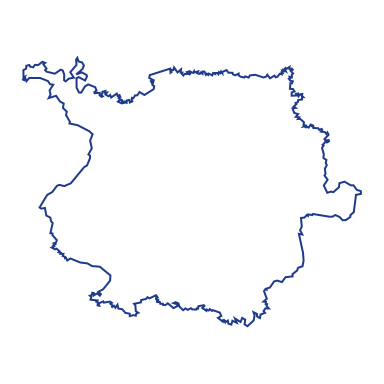 outline of Ban Dung, Udon Thani, Thailand, rotated 270°
{"feature_id": "78962969B17101559907344", "entity_name": "Ban Dung", "entity_type": "district", "adm_level": 2, "iso_a3": "THA", "parent_name": "Thailand", "parent_adm1": "Udon Thani", "projection": "albers", "projection_center": [103.231, 17.709], "detail": "fine", "context": "isolated", "style": "outline", "palette": "blue", "viewbox_px": 384, "rotation_deg": 270, "n_neighbors": 0, "source": "geoboundaries", "source_scale": "gbopen_adm2", "svg_char_len": 5904}
<svg xmlns="http://www.w3.org/2000/svg" viewBox="0 0 384 384"><g transform="rotate(270 192 192)"><path d="M313.9,23.4L306.6,23.5L307.2,24.7L304.4,23.0L303.8,24.2L305.6,25.4L302.8,26.4L306.0,29.3L306.0,40.2L302.9,48.0L299.8,50.1L299.3,53.2L293.6,49.6L289.4,50.6L285.9,48.7L288.2,56.1L282.4,60.1L280.5,63.7L276.0,63.0L272.3,66.8L268.9,66.0L262.2,69.9L260.5,69.5L258.8,77.7L252.8,89.2L249.7,92.6L243.4,90.1L235.7,91.8L229.5,88.4L228.4,90.0L226.1,90.1L218.5,87.0L216.9,84.2L200.7,70.8L197.9,64.3L199.1,59.4L198.2,57.0L191.9,52.2L189.1,47.2L176.5,39.6L175.4,41.2L176.0,44.9L168.5,46.3L166.3,50.4L162.8,51.0L161.0,52.7L150.8,50.4L150.5,52.5L148.6,52.6L143.9,56.8L141.4,56.0L140.7,53.8L139.7,55.2L138.6,53.3L137.6,54.2L136.5,51.7L134.7,54.9L135.3,56.6L132.8,59.5L131.7,58.6L131.3,60.8L130.1,60.4L130.1,63.4L128.0,62.7L127.2,64.9L125.8,65.0L126.2,66.0L123.5,67.2L125.5,70.4L121.5,80.3L120.6,87.4L117.9,92.2L117.3,99.8L108.6,110.4L103.4,110.1L94.7,103.1L92.2,98.4L89.9,100.9L88.3,99.9L90.6,97.1L88.6,93.8L90.9,93.9L91.3,92.3L88.7,91.6L88.3,89.9L86.9,91.3L84.3,90.6L83.6,97.4L82.3,96.4L81.9,97.8L78.6,97.6L78.3,99.3L80.4,98.4L82.6,103.2L81.4,103.8L82.4,110.0L81.1,111.9L80.2,110.4L78.4,112.8L76.5,111.5L78.2,114.1L76.2,115.4L79.3,117.5L75.4,118.4L74.8,122.2L71.1,125.4L70.3,129.7L67.9,129.8L68.9,133.5L68.3,135.8L70.3,136.2L71.2,138.3L72.8,135.8L78.5,135.4L80.2,134.1L81.6,140.9L84.0,141.2L85.0,145.9L86.8,147.5L85.6,149.4L88.8,156.0L86.7,157.5L86.6,156.2L85.0,156.1L84.1,158.3L83.0,158.2L83.3,156.9L81.9,157.2L82.0,159.8L80.2,160.3L80.2,162.9L79.1,163.0L78.9,165.4L80.7,167.8L75.9,173.5L77.9,177.4L79.7,177.1L80.9,173.5L81.8,175.5L80.6,178.4L77.4,179.5L73.8,183.1L75.6,185.5L74.1,187.7L75.8,190.9L74.6,192.3L74.4,196.4L75.6,196.7L75.4,198.1L77.8,198.4L78.8,203.8L78.0,204.4L76.0,202.3L73.2,206.4L74.5,206.6L73.5,208.7L74.9,209.8L73.1,212.0L73.8,213.0L71.4,219.8L68.0,221.3L66.1,218.0L62.3,222.8L63.7,223.2L62.0,224.8L63.5,224.8L62.2,227.0L63.2,227.8L60.2,228.5L59.4,231.3L63.2,232.4L61.2,236.8L65.5,235.0L62.0,240.5L66.1,242.2L64.3,245.2L59.6,244.6L57.8,247.5L63.5,253.6L68.5,254.6L71.8,253.5L70.1,256.9L67.5,257.1L65.9,259.9L69.5,260.6L71.1,265.0L72.9,263.6L75.6,265.4L75.5,268.8L78.0,266.6L79.8,267.1L79.9,265.7L82.1,266.0L82.4,263.5L85.2,266.8L92.9,264.0L95.0,265.5L94.4,266.6L95.4,266.5L96.5,269.9L102.6,274.1L103.4,277.3L101.9,281.9L106.8,285.5L107.6,292.6L109.9,292.5L113.4,297.0L116.2,298.1L117.7,302.5L123.5,303.6L131.3,303.0L150.1,298.9L149.5,302.3L153.8,300.1L157.4,301.8L166.1,301.0L166.4,304.4L169.1,306.9L168.1,308.0L169.6,308.4L168.9,312.3L170.0,312.9L167.3,329.4L167.3,332.5L169.0,335.3L167.0,339.6L163.8,342.6L163.9,345.8L167.0,350.3L168.9,350.4L171.9,353.8L189.1,356.0L190.2,361.0L192.9,360.8L194.1,356.8L198.7,353.5L198.7,350.7L202.3,344.6L200.8,339.4L196.8,339.0L191.8,333.3L192.4,330.8L191.2,327.3L198.6,323.8L204.3,327.6L208.5,324.5L210.2,325.5L215.3,324.9L218.8,326.8L221.0,325.7L224.0,326.4L226.0,323.4L229.9,323.8L236.0,322.0L238.5,323.6L239.2,322.6L242.4,325.8L241.5,326.9L242.7,329.0L243.9,328.7L243.6,325.2L244.9,324.4L249.2,328.6L251.6,327.4L250.1,326.3L251.9,324.9L252.4,321.0L254.1,322.3L255.1,321.6L254.1,319.3L255.7,318.4L256.0,313.4L258.3,313.3L259.1,311.6L257.9,311.8L259.0,310.4L256.4,308.6L257.5,306.6L256.0,305.3L257.9,305.8L257.5,303.7L258.7,305.0L259.1,303.5L261.7,304.0L265.1,300.2L265.0,298.0L266.7,299.2L267.2,295.8L269.9,298.1L271.1,294.2L275.7,292.5L276.1,295.6L277.4,293.7L279.8,296.3L281.0,295.6L281.8,297.8L284.0,298.3L284.5,302.1L286.9,302.0L286.9,303.3L288.6,301.7L290.0,302.2L289.8,300.2L287.8,298.6L290.5,298.1L290.2,296.0L288.5,296.9L288.3,291.6L291.5,291.7L292.6,294.5L294.9,293.1L295.2,289.9L300.8,290.4L300.7,292.0L302.7,292.8L303.3,290.3L305.3,288.9L305.7,290.2L307.2,289.6L306.7,291.9L309.0,291.7L310.5,293.1L313.0,290.8L314.3,292.7L315.4,291.8L314.4,290.4L315.1,289.4L317.1,289.6L315.2,286.7L316.1,285.6L315.0,284.7L312.7,285.8L314.1,283.4L312.8,283.5L313.3,282.1L311.0,282.7L311.3,281.5L309.6,281.7L310.2,279.8L307.2,277.3L306.7,275.7L308.4,274.5L305.7,270.0L309.3,267.3L307.4,266.2L306.5,263.5L309.2,255.3L308.6,249.9L306.4,248.6L307.6,245.2L306.5,244.4L307.2,240.7L308.6,238.7L310.4,238.6L308.7,235.2L309.7,232.9L311.2,232.5L311.3,228.4L313.9,226.6L312.1,222.3L310.8,222.4L312.5,221.1L310.8,220.4L311.9,218.9L309.8,218.4L311.0,217.4L311.0,215.1L310.0,215.2L311.0,213.1L308.6,212.3L310.4,208.8L309.1,208.2L310.3,206.9L309.1,205.9L312.5,204.4L312.5,202.6L310.2,202.5L312.2,200.2L310.7,200.8L310.1,199.5L310.8,197.2L312.6,198.0L311.6,194.5L312.8,194.1L311.1,193.3L311.9,191.2L310.4,190.2L312.8,189.7L311.9,186.9L310.0,188.5L310.1,184.6L308.5,183.4L310.4,181.7L311.4,182.3L311.5,180.6L314.6,181.0L311.6,177.5L316.5,174.1L314.0,173.3L314.2,170.8L312.0,171.6L311.2,170.5L315.4,170.2L308.9,149.8L306.1,149.2L304.1,152.9L302.9,150.8L301.0,151.8L302.1,153.3L298.9,152.5L297.8,154.2L294.9,153.7L289.0,144.4L292.0,139.5L288.7,137.3L288.7,135.2L285.8,133.4L286.2,132.0L282.8,131.7L283.0,133.2L281.5,129.8L284.1,129.4L283.5,126.7L281.2,126.6L281.6,125.0L282.5,125.8L282.5,122.7L281.7,121.6L280.9,123.0L280.6,121.8L282.4,117.9L284.3,120.1L283.4,122.7L285.7,118.7L287.5,119.2L287.3,120.2L288.9,119.5L288.0,117.7L290.4,116.8L286.5,111.2L289.1,110.2L287.7,108.5L289.5,105.5L291.5,107.0L291.4,104.8L293.0,105.3L292.3,102.5L288.7,101.6L287.7,102.8L287.1,101.6L288.3,100.2L289.2,101.0L289.2,99.6L291.2,99.7L290.8,94.6L292.0,94.4L293.3,96.6L296.8,95.2L299.6,88.2L297.5,84.9L291.4,81.2L291.5,79.0L296.4,76.6L305.8,76.5L306.9,78.6L303.5,85.1L307.6,87.0L309.1,86.5L311.6,81.8L309.6,76.3L315.0,82.5L318.6,83.9L321.6,82.0L322.5,78.6L326.2,77.3L324.3,76.1L319.1,76.5L311.8,70.3L306.3,73.8L305.4,68.9L302.6,65.5L303.8,64.1L309.4,64.2L313.4,62.8L314.4,60.8L310.3,54.8L312.3,46.7L313.9,45.1L315.4,46.5L319.9,43.3L321.1,45.1L322.2,42.4L319.0,38.3L319.1,34.9L316.7,33.3L317.4,30.1L319.0,29.3L318.2,26.3L315.3,26.1L313.9,23.4Z" fill="none" stroke="#1e3a8a" stroke-width="2"/></g></svg>